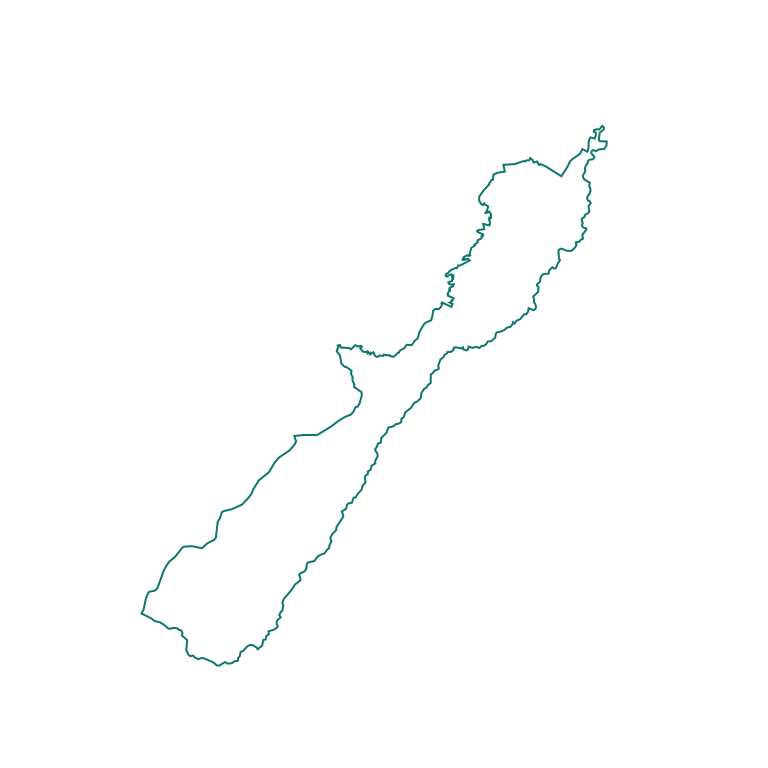 Villa Del Rosario, Norte de Santander, Colombia, rotated 30°
{"feature_id": "7082276B64319066043835", "entity_name": "Villa Del Rosario", "entity_type": "district", "adm_level": 2, "iso_a3": "COL", "parent_name": "Colombia", "parent_adm1": "Norte de Santander", "projection": "albers", "projection_center": [-72.471, 7.772], "detail": "fine", "context": "isolated", "style": "outline", "palette": "teal", "viewbox_px": 768, "rotation_deg": 30, "n_neighbors": 0, "source": "geoboundaries", "source_scale": "gbopen_adm2", "svg_char_len": 6125}
<svg xmlns="http://www.w3.org/2000/svg" viewBox="0 0 768 768"><g transform="rotate(30 384 384)"><path d="M407.2,676.9L409.3,671.4L407.4,666.2L409.2,664.4L408.1,660.9L409.4,658.3L407.6,655.9L411.3,652.0L413.1,648.4L413.1,646.7L411.0,645.5L409.9,643.6L409.8,641.8L411.2,637.8L408.9,636.6L408.6,633.2L409.3,630.9L407.3,625.8L405.4,624.4L404.7,620.1L406.8,609.1L407.2,602.1L409.7,596.0L409.0,594.4L405.9,591.6L405.9,590.5L409.0,585.6L409.1,583.2L407.2,578.4L407.4,576.5L412.3,572.1L412.7,566.7L414.6,563.4L417.2,560.6L417.5,556.4L418.5,553.2L417.4,551.2L417.2,546.8L414.3,543.9L414.3,539.7L415.6,534.3L414.4,531.7L415.1,519.0L411.2,515.3L413.5,511.3L412.5,506.9L412.8,505.3L415.5,503.0L414.6,497.7L416.2,496.3L416.1,492.3L417.5,487.1L416.4,483.1L417.2,478.4L414.6,475.3L413.6,472.6L415.1,470.0L413.7,467.9L415.3,465.1L414.2,460.9L416.1,457.2L414.9,455.2L414.6,449.5L412.6,447.2L409.8,446.0L408.9,444.9L409.2,442.1L408.5,438.5L410.5,436.6L408.6,431.8L410.6,425.1L409.5,419.7L413.3,415.9L414.3,412.9L416.9,410.6L417.9,408.4L416.5,405.4L417.6,402.7L416.6,398.1L419.3,391.0L419.6,385.2L421.4,382.8L422.7,378.8L422.8,377.6L420.9,373.2L421.1,368.6L422.6,365.4L422.5,363.1L423.9,359.7L419.8,352.5L420.9,349.8L420.9,347.6L423.5,344.3L423.6,342.8L422.0,341.6L420.6,335.0L422.0,331.1L421.8,328.8L423.3,325.7L422.9,324.7L426.0,322.6L427.1,320.0L426.3,317.7L428.2,316.1L432.9,314.7L434.2,312.7L435.6,314.4L438.6,313.7L439.3,312.8L438.7,309.2L442.5,308.5L445.3,305.6L448.7,305.2L449.4,302.2L451.2,301.2L452.5,298.8L452.6,295.4L455.6,293.1L457.1,288.2L455.7,284.4L456.0,282.8L459.0,280.1L461.2,277.1L462.3,273.8L465.0,271.1L465.4,267.7L464.9,265.9L466.7,266.3L467.2,262.8L469.4,260.0L470.6,253.5L472.3,252.5L472.6,249.3L471.4,246.0L476.8,245.2L477.6,243.1L477.0,241.1L474.8,238.9L472.8,238.2L472.1,236.2L469.5,233.6L471.4,227.2L469.5,223.0L467.2,222.2L466.8,221.3L467.9,217.0L466.6,214.4L466.2,210.9L467.5,208.8L471.4,206.1L470.2,203.0L471.4,198.7L473.4,199.1L475.0,197.7L474.2,192.7L474.5,188.8L472.9,188.0L468.5,181.5L468.4,180.2L469.8,178.1L475.6,177.2L479.5,175.2L480.8,172.3L481.3,168.9L481.0,166.8L479.6,166.1L479.4,165.3L482.1,163.0L482.1,161.2L483.7,158.7L481.3,155.9L481.9,148.7L481.4,148.2L478.5,148.7L476.5,148.1L475.8,147.1L475.9,145.7L473.0,142.9L472.8,141.4L474.1,139.4L473.5,137.2L475.5,133.5L475.4,131.7L472.2,127.8L472.6,124.0L470.6,122.9L469.0,123.2L466.7,121.3L466.5,117.8L467.1,116.2L466.2,114.8L466.5,113.9L465.1,111.7L462.7,110.0L461.8,106.9L455.3,106.7L453.2,105.6L452.0,103.9L452.0,99.3L450.2,96.7L449.5,93.9L450.0,91.3L449.1,88.9L449.8,87.0L452.5,85.0L452.7,82.1L447.9,80.4L447.4,78.4L448.0,76.9L451.0,76.4L453.0,73.2L457.2,70.4L457.4,66.2L455.6,62.6L449.9,65.6L448.7,65.7L447.9,64.9L445.2,58.6L447.0,53.6L446.3,52.0L443.9,51.4L443.2,55.9L440.9,57.0L438.9,59.2L439.7,60.7L441.3,60.3L442.1,60.9L443.1,62.7L443.7,66.1L439.5,67.2L439.5,68.7L440.0,71.7L442.9,77.0L444.0,81.1L438.4,81.4L438.6,86.7L434.7,95.0L433.8,98.3L434.3,104.4L433.7,115.4L415.1,114.7L409.5,115.3L408.8,116.8L405.3,114.8L403.0,117.3L400.5,115.6L397.7,115.2L398.0,117.0L397.5,118.0L395.6,119.0L394.9,120.7L393.2,121.3L387.5,128.0L377.8,134.5L382.4,139.7L376.9,144.1L374.1,147.9L376.2,152.8L375.2,153.4L374.7,157.4L375.4,158.2L373.5,166.1L372.8,174.1L374.7,177.6L377.9,179.4L380.2,179.6L380.6,177.5L381.4,178.0L385.5,178.2L386.5,182.4L387.0,182.5L385.9,185.9L389.2,182.1L391.8,183.5L393.5,186.5L392.2,187.2L393.2,187.8L392.5,188.9L394.8,190.8L396.1,193.9L389.9,195.7L393.4,199.8L388.6,203.7L388.2,204.7L388.3,205.3L390.0,205.5L394.7,204.8L394.7,205.6L395.4,205.6L394.7,207.2L395.5,207.3L395.2,209.8L393.4,212.3L393.5,214.0L394.3,214.6L392.6,218.1L393.4,218.6L391.6,222.5L393.2,228.9L394.3,229.4L393.8,230.5L391.6,231.0L389.6,234.4L390.4,234.8L389.7,236.7L390.7,237.1L394.0,233.6L396.4,234.1L390.8,243.2L389.0,244.2L389.2,247.3L387.8,247.9L384.9,252.1L383.8,256.2L382.9,257.3L382.9,258.7L383.7,259.7L384.7,259.6L387.1,255.4L389.6,255.2L389.5,256.6L390.7,256.7L390.7,257.6L389.6,257.5L389.9,257.9L391.4,258.5L390.9,260.2L391.4,260.7L388.9,263.9L390.4,264.8L392.2,264.5L394.5,262.7L395.0,264.8L392.8,267.8L393.2,269.6L394.0,269.2L394.6,270.6L393.8,272.4L394.2,274.5L395.2,274.8L395.3,275.6L401.3,274.9L401.6,277.6L400.8,277.7L401.0,279.9L400.3,280.6L403.3,280.4L403.7,283.5L393.3,284.4L393.5,285.5L394.4,285.7L394.8,289.0L394.0,291.7L390.9,293.4L389.9,296.2L391.6,299.9L393.0,305.2L389.6,309.7L388.8,312.2L388.6,320.6L390.4,327.4L388.9,331.6L388.8,335.8L388.0,336.8L384.1,338.6L383.8,342.6L381.7,345.9L381.0,347.9L381.3,349.3L380.2,350.5L378.9,355.4L375.8,356.7L374.6,356.1L373.7,357.2L371.6,357.4L370.8,358.6L369.2,358.5L369.0,360.4L365.8,361.5L365.2,363.3L363.9,364.1L362.3,364.1L358.9,361.8L357.2,365.2L356.2,363.8L354.7,365.7L354.1,364.2L353.4,363.9L352.4,365.4L349.5,366.5L345.7,365.0L346.2,362.9L344.6,362.6L342.9,364.5L339.7,364.8L338.1,370.4L335.2,370.4L329.1,373.8L328.1,373.9L326.4,372.2L324.7,373.8L325.8,374.7L326.7,379.3L331.5,381.2L336.6,387.4L341.3,388.8L342.9,388.1L348.8,388.7L349.7,389.4L350.1,391.4L353.8,394.2L354.5,396.2L358.9,399.6L359.5,401.5L368.6,402.3L370.5,405.1L372.5,412.8L372.6,416.7L370.9,418.2L371.4,423.3L370.6,427.0L366.5,432.3L363.2,438.1L359.5,447.2L351.5,461.8L340.8,467.8L332.3,473.8L336.7,477.8L336.8,481.2L335.4,488.8L329.7,500.4L328.6,506.5L328.4,518.1L323.8,529.9L323.4,540.9L324.1,545.1L323.5,550.4L321.4,559.3L314.5,568.9L308.7,574.2L307.7,576.1L309.0,581.9L308.9,586.5L315.2,601.0L314.9,603.8L310.5,610.7L308.5,617.2L298.7,620.5L292.0,625.0L291.1,626.8L289.5,638.2L286.8,645.2L286.4,650.7L286.5,655.4L289.9,674.2L288.8,677.6L284.8,681.1L284.3,682.4L284.8,688.1L288.6,699.5L288.7,704.0L299.4,703.4L304.2,703.9L309.1,702.4L313.9,702.5L319.2,703.6L321.0,703.0L323.3,700.8L326.6,699.0L329.9,699.4L331.5,698.8L333.9,700.3L334.8,702.9L341.6,704.2L345.8,713.3L350.0,716.2L352.4,716.6L354.5,714.6L356.4,715.4L360.8,715.2L362.4,713.0L364.6,711.7L375.1,710.4L380.2,711.3L382.0,710.4L385.5,704.2L388.5,704.3L391.9,701.8L393.2,698.9L395.6,697.2L395.7,695.9L394.7,694.3L395.2,692.0L393.8,687.6L395.4,685.9L396.6,680.1L398.1,677.3L400.1,675.8L405.6,675.9L407.2,676.9Z" fill="none" stroke="#0f766e" stroke-width="2"/></g></svg>